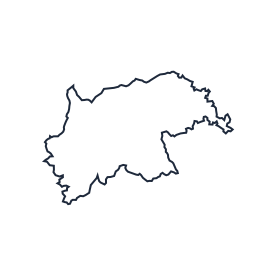 Coxilha, Rio Grande do Sul, Brazil (Mercator projection), rotated 150°
{"feature_id": "56859067B95404492612239", "entity_name": "Coxilha", "entity_type": "district", "adm_level": 2, "iso_a3": "BRA", "parent_name": "Brazil", "parent_adm1": "Rio Grande do Sul", "projection": "mercator", "projection_center": [-52.345, -28.125], "detail": "fine", "context": "isolated", "style": "outline", "palette": "slate", "viewbox_px": 256, "rotation_deg": 150, "n_neighbors": 0, "source": "geoboundaries", "source_scale": "gbopen_adm2", "svg_char_len": 3176}
<svg xmlns="http://www.w3.org/2000/svg" viewBox="0 0 256 256"><g transform="rotate(150 128 128)"><path d="M221.1,96.9L219.8,95.4L218.3,94.2L217.9,92.0L216.1,91.4L213.4,93.4L211.7,93.4L209.0,91.7L207.2,92.9L203.3,93.1L200.9,91.3L198.2,91.1L194.0,91.3L192.0,93.6L188.7,97.2L180.2,100.3L178.1,102.1L179.0,98.9L179.5,96.3L179.0,94.5L176.5,90.8L174.5,91.4L172.8,94.5L170.3,95.7L167.6,94.3L164.0,93.4L160.3,96.5L157.3,96.8L155.4,97.9L154.3,99.1L150.6,98.4L148.4,96.5L150.3,94.8L150.5,92.5L149.9,90.2L144.2,83.5L142.6,82.2L140.8,82.5L140.2,80.6L140.0,77.5L139.1,75.1L137.9,72.2L135.9,71.5L133.9,70.2L131.4,71.6L128.4,70.3L126.4,70.5L124.6,70.2L122.7,71.8L120.5,71.9L119.7,69.8L118.5,68.0L116.3,67.5L112.4,68.9L110.3,66.5L109.4,64.6L107.4,64.0L106.8,66.2L107.2,68.1L106.4,74.8L106.8,76.5L108.3,79.0L108.0,82.2L106.8,84.8L106.7,86.6L107.2,88.4L105.8,90.6L106.0,93.3L104.6,95.2L104.7,101.5L102.2,104.0L101.0,107.0L96.4,105.9L95.6,104.2L95.3,102.2L94.6,99.5L92.7,99.2L92.0,97.5L89.5,97.8L85.2,97.0L82.2,95.8L80.0,94.8L78.7,96.2L78.2,98.3L75.9,98.0L74.5,96.7L73.7,95.1L72.1,94.9L71.1,97.2L68.5,98.9L66.9,100.8L65.0,99.3L65.0,97.4L62.4,97.1L58.5,96.3L58.1,98.2L56.8,99.7L55.1,99.2L54.2,97.0L55.2,95.3L54.1,92.7L55.8,90.5L53.1,88.7L51.6,90.3L50.3,88.9L47.9,89.4L48.3,87.1L50.0,86.2L48.7,84.4L47.9,82.7L47.1,81.0L46.0,78.9L47.1,77.4L46.0,74.4L42.6,75.4L40.8,73.8L38.1,74.4L39.1,76.8L41.5,80.3L39.8,82.2L37.2,82.2L35.1,84.4L34.9,90.1L37.4,89.9L40.7,86.7L41.6,89.7L43.7,90.5L45.6,93.6L44.4,95.2L43.1,98.7L41.9,101.3L42.5,103.9L44.0,105.0L41.6,106.1L41.5,109.2L46.0,111.1L44.5,113.8L46.1,115.5L44.4,117.0L42.8,116.1L40.8,118.0L38.9,118.7L39.3,120.9L40.9,120.3L42.4,121.3L41.5,123.7L44.4,124.4L46.4,123.6L48.1,125.5L49.4,127.3L51.8,127.3L51.5,129.2L50.1,129.9L52.2,132.4L48.9,135.6L50.8,137.7L52.3,140.4L54.0,142.6L54.5,146.2L56.6,145.0L58.5,146.0L58.8,148.1L57.3,149.4L58.7,150.9L60.3,153.9L62.0,154.7L64.2,154.6L66.0,156.0L68.9,156.4L73.4,158.3L76.7,158.4L84.6,158.1L86.7,157.9L89.4,158.2L91.1,160.1L91.9,162.0L94.0,163.8L96.7,166.7L98.7,165.8L100.3,166.0L103.7,165.2L106.2,164.7L108.8,165.1L112.2,168.5L114.0,168.9L115.6,168.5L120.1,169.8L129.3,173.9L133.6,171.5L140.5,171.1L146.7,168.4L147.4,171.0L148.3,172.4L149.7,173.3L151.9,174.1L154.1,175.2L154.8,179.4L155.6,182.0L154.9,185.6L155.4,189.9L154.2,192.0L155.9,191.7L161.5,190.8L162.5,189.0L163.9,187.8L164.6,186.1L165.0,183.8L165.0,181.1L165.8,178.7L167.8,176.3L169.5,173.9L171.6,171.7L174.0,170.5L175.6,168.8L175.1,166.8L176.8,165.8L178.7,164.5L180.5,163.1L182.1,161.8L183.2,160.7L184.0,158.8L185.9,157.2L188.2,156.6L190.7,156.4L192.8,155.8L194.5,156.8L196.7,158.0L198.8,158.2L199.6,159.9L200.9,158.2L202.6,158.5L204.5,158.3L207.0,157.3L206.5,155.3L208.3,153.4L208.9,150.8L209.4,147.9L208.4,146.5L207.6,144.4L207.5,141.2L210.0,142.4L212.2,141.6L215.3,141.6L217.2,141.2L215.0,139.3L214.4,134.9L211.1,132.4L212.0,130.8L213.0,128.9L214.6,127.0L214.3,123.3L211.4,120.1L208.1,119.6L209.0,117.9L213.3,117.6L214.2,115.4L216.7,115.3L215.2,113.0L214.6,110.1L212.8,110.1L210.3,109.0L208.8,106.8L210.7,106.6L212.1,104.5L213.9,105.2L216.6,105.7L217.4,103.8L216.6,100.3L218.6,99.0L221.1,96.9Z" fill="none" stroke="#1e293b" stroke-width="2"/></g></svg>